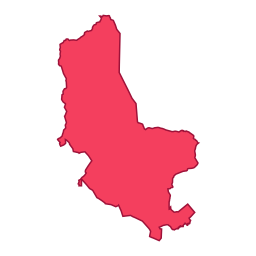 outline of Līdumnieku pag., Ciblas, Latvia
{"feature_id": "27541924B2315462302714", "entity_name": "Līdumnieku pag.", "entity_type": "district", "adm_level": 2, "iso_a3": "LVA", "parent_name": "Latvia", "parent_adm1": "Ciblas", "projection": "orthographic", "projection_center": [28.057, 56.586], "detail": "fine", "context": "isolated", "style": "filled", "palette": "rose", "viewbox_px": 256, "rotation_deg": 0, "n_neighbors": 0, "source": "geoboundaries", "source_scale": "gbopen_adm2", "svg_char_len": 5615}
<svg xmlns="http://www.w3.org/2000/svg" viewBox="0 0 256 256"><path d="M64.4,107.2L66.5,111.0L66.7,111.4L65.0,115.8L64.9,115.9L64.6,116.1L64.6,116.6L64.8,117.0L66.2,121.8L66.4,122.1L66.3,123.0L65.8,124.2L65.3,125.0L65.3,125.3L65.6,126.9L65.6,127.3L65.7,127.9L65.7,128.0L64.7,129.1L64.2,129.6L63.8,129.9L63.6,130.4L63.3,132.2L62.6,134.1L62.2,135.7L62.0,136.2L61.2,136.8L60.5,137.7L59.2,138.2L57.9,139.0L57.6,139.3L57.6,139.6L60.1,142.5L59.6,143.4L60.0,144.9L60.7,146.2L63.6,145.0L64.6,144.3L65.7,143.1L65.4,139.5L66.5,140.1L69.0,142.5L69.2,142.9L69.7,143.9L69.6,144.3L72.8,148.6L73.4,151.5L78.9,152.7L79.1,153.2L81.0,152.3L84.9,151.8L88.5,155.7L91.8,160.8L90.4,162.7L88.0,166.2L85.6,170.0L85.4,170.7L85.3,172.0L86.2,173.0L85.0,174.8L83.9,176.0L82.5,177.1L82.0,177.4L81.9,177.6L81.0,178.6L80.6,179.4L78.8,180.3L78.9,180.6L79.1,181.1L78.8,182.5L78.2,183.9L79.1,184.6L79.0,185.8L81.5,185.8L81.5,180.9L82.1,179.7L86.8,185.0L89.6,188.5L92.7,190.3L96.9,197.6L98.8,198.6L102.1,200.8L104.9,202.9L105.2,203.6L105.7,203.8L111.1,204.6L115.8,206.7L118.4,205.5L118.6,205.2L121.2,211.0L122.1,213.9L122.9,216.3L130.6,215.4L132.9,216.7L135.1,217.6L142.4,221.1L148.8,228.3L149.6,229.4L150.6,231.2L150.4,232.6L150.3,233.0L149.6,236.4L149.8,236.6L151.8,237.5L153.0,237.9L159.2,240.6L161.2,238.1L161.6,229.0L160.0,228.8L159.2,227.2L161.7,226.2L162.9,225.5L163.7,225.3L166.7,224.7L168.1,224.8L168.6,225.3L170.5,226.6L171.7,228.7L172.5,229.5L173.8,229.6L174.2,229.9L175.9,229.0L176.3,228.9L177.0,228.5L177.3,228.6L177.8,228.9L178.2,228.8L178.3,228.7L178.4,228.4L178.3,228.2L178.2,228.0L178.2,227.9L178.4,227.8L178.9,227.9L179.2,227.5L179.1,227.3L178.9,227.1L179.2,226.9L179.5,226.8L179.7,226.4L180.0,226.4L180.4,225.9L180.6,226.0L180.5,226.7L180.8,226.9L181.4,226.4L181.8,226.3L182.0,226.2L182.4,226.5L182.7,226.6L183.1,226.6L183.3,226.2L183.2,225.6L183.2,225.4L184.0,224.3L184.4,224.2L185.0,223.2L185.3,223.3L185.6,223.6L185.8,224.0L186.4,224.2L186.6,224.3L187.0,224.8L187.0,225.2L187.2,225.3L187.7,225.1L187.8,225.0L187.9,224.7L187.7,224.4L187.7,224.2L187.6,223.9L187.7,223.7L187.9,223.5L188.2,223.3L188.8,223.4L188.9,223.6L189.1,223.8L189.6,223.6L189.8,223.2L189.7,222.9L190.0,222.3L190.0,221.8L190.1,221.6L190.3,221.0L190.6,220.6L190.5,220.2L190.1,220.0L189.7,219.5L189.1,218.1L189.2,217.9L190.5,217.0L194.7,212.4L187.7,204.1L178.2,211.9L177.0,211.7L174.6,212.2L174.1,212.1L173.6,211.8L172.6,210.9L171.9,210.4L171.0,209.4L170.8,208.8L170.6,206.9L170.3,207.2L169.8,208.6L169.5,209.1L169.2,209.2L169.2,208.5L169.1,207.0L169.1,205.3L169.1,204.4L169.1,202.6L169.2,201.4L169.4,201.1L169.7,198.9L169.9,198.4L169.9,197.7L170.2,196.3L170.3,195.5L170.3,195.2L169.9,194.5L168.4,191.9L168.1,190.1L167.8,189.0L167.9,188.8L169.9,188.7L170.2,188.5L171.1,187.6L172.2,187.5L172.6,187.4L172.8,187.2L172.8,186.9L172.8,186.6L172.0,185.1L171.8,184.0L171.9,183.7L172.3,183.0L172.5,182.4L172.6,178.4L172.9,178.0L173.5,177.4L173.6,177.2L173.8,176.4L174.1,175.8L175.6,174.4L176.0,174.1L182.3,171.6L183.1,171.3L185.9,170.9L186.6,170.8L187.2,170.3L187.4,169.9L187.4,169.5L187.5,169.2L187.9,168.7L188.1,168.6L191.7,168.3L193.8,167.8L195.0,166.9L197.0,164.9L197.7,163.7L197.9,163.3L197.9,163.0L197.8,162.5L197.4,162.1L196.0,159.7L195.0,158.0L194.8,157.5L194.9,157.1L195.3,155.9L195.4,154.9L194.7,151.1L194.8,150.4L195.4,148.6L195.6,147.2L196.1,145.6L197.0,144.2L198.5,143.0L198.1,142.9L197.5,142.2L196.5,140.5L195.6,140.2L195.1,139.4L194.7,139.2L193.9,138.9L193.4,138.4L193.8,136.5L193.7,136.0L193.6,135.5L190.0,132.9L189.6,132.8L188.8,131.9L188.3,131.9L187.2,131.4L186.8,131.4L186.6,131.1L186.1,131.1L185.7,131.2L185.6,131.4L185.5,131.5L184.9,131.4L184.3,131.2L183.7,131.4L183.3,131.0L182.8,130.8L182.7,130.6L182.8,130.5L182.5,130.4L182.2,130.6L181.9,130.4L181.6,130.4L181.4,130.6L181.1,130.6L181.0,130.8L180.3,131.0L179.9,131.5L178.9,132.0L177.1,131.5L175.5,131.2L174.3,131.3L173.2,131.6L171.8,131.6L170.2,131.1L166.8,130.2L165.5,129.8L164.3,129.2L162.4,128.5L160.8,128.2L159.5,127.8L159.1,127.6L157.9,127.4L154.6,127.8L153.6,128.2L152.7,128.5L151.5,128.4L149.3,127.8L148.5,127.8L147.6,128.1L147.1,128.4L145.8,129.5L145.4,129.6L144.8,128.9L144.4,128.9L143.5,126.5L143.1,126.0L143.1,125.7L143.0,125.2L142.5,124.2L141.7,123.8L139.3,123.0L138.2,122.8L137.9,122.3L137.5,121.9L137.4,121.1L136.0,103.6L132.0,98.3L127.7,89.4L119.2,72.5L119.3,65.1L120.0,33.5L116.7,29.3L115.4,25.2L113.4,20.6L113.1,20.3L110.7,19.5L110.4,18.0L109.7,17.0L109.5,16.1L109.3,15.8L108.9,15.6L106.5,15.9L103.2,15.4L102.4,16.7L100.6,16.1L99.9,16.1L100.0,16.2L99.9,16.3L101.1,17.6L101.3,18.2L101.0,19.6L100.1,21.1L100.0,21.7L99.6,21.9L96.8,22.6L96.4,22.8L96.3,23.1L96.2,23.5L96.0,24.3L95.9,24.5L94.7,24.7L94.2,24.9L93.6,25.4L92.5,27.3L92.5,28.5L91.5,30.4L88.2,31.4L87.3,31.0L84.7,32.5L84.4,33.4L84.5,34.1L84.5,34.4L84.4,34.6L83.1,35.7L82.7,36.1L82.3,36.4L81.3,36.8L79.9,38.1L77.1,39.9L76.8,40.2L76.4,40.3L73.7,39.9L70.4,40.1L69.8,40.4L69.4,40.5L68.9,40.1L67.9,39.0L66.5,39.0L66.0,39.3L65.8,40.2L65.6,40.4L64.2,40.5L63.2,42.6L62.6,42.8L60.1,44.3L60.0,44.5L60.3,47.4L60.3,47.8L59.8,49.2L59.7,49.9L59.8,50.1L60.4,50.9L60.5,51.1L60.3,52.6L60.1,53.9L60.1,54.3L60.2,55.0L60.4,56.0L60.2,56.9L59.5,58.8L59.4,59.0L59.0,59.3L58.5,60.1L58.5,60.8L58.7,63.2L58.5,63.7L58.5,64.1L59.4,65.4L59.7,65.7L60.7,65.9L61.3,66.3L62.8,71.1L63.5,73.5L65.7,77.6L66.2,78.3L66.3,78.7L66.2,79.4L66.1,79.9L65.9,80.7L66.3,81.9L66.6,87.4L66.4,87.8L65.7,88.6L64.7,88.7L64.4,88.9L63.0,91.3L63.1,93.2L63.2,93.7L63.1,94.2L62.3,94.5L62.0,94.8L61.8,97.9L61.6,99.1L61.8,99.8L63.1,101.9L63.8,102.5L65.3,103.6L65.5,103.8L65.5,104.0L65.1,105.3L64.7,106.6L64.5,106.9L64.4,107.2Z" fill="#f43f5e" stroke="#9f1239" stroke-width="1.5"/></svg>